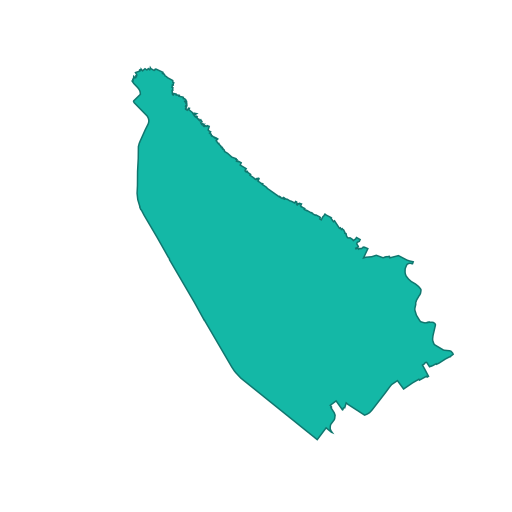 Sector 3, Bucharest, Romania (Natural Earth projection), rotated 42°
{"feature_id": "2599482B73874901058237", "entity_name": "Sector 3", "entity_type": "district", "adm_level": 2, "iso_a3": "ROU", "parent_name": "Romania", "parent_adm1": "Bucharest", "projection": "natural_earth1", "projection_center": [26.157, 44.418], "detail": "fine", "context": "isolated", "style": "filled", "palette": "teal", "viewbox_px": 512, "rotation_deg": 42, "n_neighbors": 0, "source": "geoboundaries", "source_scale": "gbopen_adm2", "svg_char_len": 6014}
<svg xmlns="http://www.w3.org/2000/svg" viewBox="0 0 512 512"><g transform="rotate(42 256 256)"><path d="M468.3,197.1L467.2,196.6L464.7,196.3L463.4,196.8L458.9,200.1L458.1,200.5L448.4,202.4L447.1,202.3L443.9,200.6L442.7,199.4L440.9,196.9L435.7,187.5L435.2,186.9L434.1,186.5L432.3,186.7L431.2,187.4L429.2,189.3L428.9,189.1L428.6,189.4L427.8,190.5L428.1,190.7L426.3,192.7L424.6,193.6L422.4,194.6L421.0,194.5L414.9,192.7L410.2,189.9L409.0,188.5L407.2,185.2L405.9,183.8L404.8,181.2L403.8,176.4L403.7,175.1L403.2,173.6L401.8,171.4L400.9,170.5L398.4,170.0L396.6,169.9L393.2,170.1L388.3,171.1L384.7,171.1L380.8,170.4L379.0,169.4L377.6,168.3L375.4,165.7L374.6,163.7L373.9,161.5L373.9,160.9L374.5,159.4L375.0,158.7L375.9,157.9L377.3,157.3L377.5,157.0L376.7,155.1L373.3,157.0L371.0,158.0L361.6,160.4L356.7,167.8L355.4,167.0L354.7,167.8L354.9,168.0L353.2,169.4L352.7,170.2L352.9,170.2L351.6,172.3L344.9,175.0L342.5,179.1L338.4,183.5L337.2,185.5L334.2,175.7L330.9,176.8L331.0,177.1L329.7,177.6L329.8,178.4L329.2,180.3L328.1,180.8L327.7,182.3L326.5,181.9L325.5,183.8L324.9,183.5L325.5,182.3L325.8,180.7L325.7,180.4L322.7,179.6L322.1,178.0L323.0,176.0L322.4,174.1L318.3,175.0L318.7,177.1L318.4,177.4L318.0,179.4L316.8,179.1L313.9,179.5L312.4,180.9L311.9,181.1L310.1,180.7L307.9,179.1L306.7,179.6L306.4,179.1L303.7,178.0L302.9,178.2L301.8,178.0L301.7,179.2L299.8,178.6L299.5,179.6L290.8,177.3L290.6,178.7L285.6,177.5L285.7,177.3L280.9,178.6L279.2,178.7L279.6,181.1L279.4,181.9L279.7,183.1L280.3,185.5L278.5,185.8L278.1,184.4L277.3,184.3L273.0,185.4L272.9,185.6L272.9,186.0L272.6,186.1L270.2,186.6L269.4,186.4L268.3,186.6L268.3,186.9L267.8,187.1L263.2,188.1L263.3,188.4L260.7,189.1L260.5,188.1L256.8,189.1L256.8,188.8L255.5,188.9L255.0,186.9L253.1,187.7L253.3,188.5L252.5,188.7L252.6,190.2L252.2,190.3L252.3,190.5L251.9,190.6L251.6,189.4L251.1,189.2L250.1,189.4L249.9,188.7L248.9,189.0L249.3,190.7L245.8,191.6L244.1,192.4L241.3,192.9L240.9,193.1L240.8,193.4L239.0,193.9L239.2,194.7L238.6,194.9L238.3,193.9L237.3,194.0L237.2,194.2L237.5,195.1L236.7,195.4L236.8,195.8L234.8,196.2L234.7,195.8L233.5,196.0L233.5,196.5L219.2,198.2L217.9,197.9L212.8,198.6L212.6,197.8L212.2,198.0L212.3,198.4L207.2,199.0L207.0,197.6L206.7,197.6L206.4,196.4L206.1,196.4L206.2,197.1L205.4,197.2L205.5,198.0L204.7,198.1L204.9,199.2L204.3,199.4L203.7,199.5L203.7,199.3L197.5,200.0L197.4,199.0L193.7,199.4L192.8,199.3L192.8,198.9L192.4,199.0L192.5,200.1L191.3,200.2L190.5,199.6L190.3,197.7L183.4,199.0L182.6,196.6L179.7,197.3L179.8,197.6L178.6,197.9L178.7,198.4L178.0,198.6L177.6,197.2L176.4,197.7L176.2,197.2L176.0,197.3L176.0,197.7L175.8,197.1L171.9,198.7L166.2,198.7L162.6,199.4L161.8,198.6L161.4,198.5L159.8,198.4L159.8,198.8L159.3,198.7L159.5,198.3L158.2,197.9L157.7,197.9L157.6,198.3L156.6,198.3L156.2,197.8L153.3,197.7L153.1,197.2L152.4,197.6L149.2,197.0L149.3,194.6L147.6,194.9L147.8,195.5L146.8,195.6L146.4,195.3L145.8,195.4L145.9,195.9L143.0,196.0L143.0,196.5L142.2,196.5L141.4,195.6L140.7,195.8L140.2,195.7L140.2,195.4L139.9,195.4L139.7,195.4L139.6,195.8L139.2,195.8L139.2,194.1L136.8,194.5L136.1,194.4L134.5,191.0L132.6,191.7L132.9,192.5L132.2,192.8L132.1,192.7L131.1,193.2L131.2,193.6L130.9,193.6L130.9,194.1L130.6,194.1L130.6,194.5L130.2,194.5L130.2,193.8L129.7,193.9L129.7,194.4L129.2,194.3L129.3,193.0L129.0,193.3L127.7,193.2L127.6,194.5L125.7,193.9L125.8,192.2L124.9,192.1L123.8,191.7L123.5,193.2L122.9,193.1L122.5,192.9L122.6,192.7L122.1,192.6L122.1,193.1L119.9,192.8L119.6,192.5L119.0,192.4L119.0,192.8L118.6,192.7L118.8,191.8L118.2,191.9L117.9,193.2L116.7,192.8L116.6,193.1L116.1,193.0L116.3,192.1L116.1,191.7L116.6,190.0L115.3,190.8L114.9,190.9L114.9,192.5L113.9,192.5L113.8,191.9L108.1,192.2L107.7,190.8L107.0,191.2L107.4,193.7L105.6,194.0L105.5,193.3L104.9,193.4L104.6,191.7L103.5,192.0L103.4,191.9L103.4,191.5L103.2,191.2L103.6,191.0L103.3,190.6L103.8,190.3L103.5,190.0L102.5,189.0L101.5,189.4L101.2,189.0L101.9,188.5L101.1,187.7L100.5,188.4L99.7,189.0L99.4,188.8L100.3,187.4L99.3,186.9L97.7,186.9L96.7,187.7L95.9,186.7L95.2,186.9L91.9,188.8L91.5,187.9L91.0,188.1L90.8,188.6L89.5,189.1L89.2,188.6L89.5,189.4L89.0,189.8L88.3,189.1L86.1,190.3L86.8,191.6L86.1,191.9L85.3,191.4L82.9,189.1L83.2,188.3L82.7,188.2L81.6,186.5L80.8,186.9L79.3,184.7L80.1,184.3L79.4,183.6L79.0,182.3L77.9,182.6L77.4,181.9L76.7,181.3L70.8,182.7L69.5,182.6L67.6,183.0L67.0,182.5L66.2,182.4L65.5,182.6L65.3,182.2L65.0,182.2L65.1,182.7L64.3,182.9L63.8,181.8L56.6,184.0L56.6,184.6L56.1,184.7L56.2,186.1L56.1,186.3L52.5,187.1L51.5,186.8L52.1,187.7L52.4,188.7L50.6,188.8L50.6,190.3L50.2,190.9L48.2,191.1L47.8,194.3L45.7,194.0L46.2,194.6L46.1,195.0L45.2,195.1L45.0,195.6L45.2,196.0L45.9,196.4L43.7,200.3L46.4,201.2L46.1,202.6L47.1,202.8L46.9,203.2L47.1,203.7L46.7,203.6L46.6,204.7L45.9,204.9L45.5,204.4L45.0,204.4L46.4,206.2L46.1,207.1L47.4,208.0L46.9,208.9L49.8,209.6L55.3,210.0L57.9,210.5L59.9,211.4L61.9,213.2L61.3,222.6L61.6,223.1L62.9,223.6L81.5,224.8L83.5,225.5L85.4,226.7L86.6,228.1L87.5,230.0L89.2,236.2L93.1,248.3L93.9,250.5L95.4,253.4L103.4,262.5L111.4,272.4L120.8,283.0L125.7,289.0L130.4,293.2L136.8,297.1L136.9,297.4L139.3,298.6L140.0,298.5L145.6,300.6L170.3,308.4L192.1,315.7L192.7,315.7L193.6,316.0L194.1,316.6L241.6,331.8L260.3,338.3L260.3,338.1L312.2,354.7L316.8,355.9L319.4,356.3L326.5,356.9L424.4,351.5L423.1,336.8L429.9,336.5L430.8,336.2L428.6,335.7L426.8,334.8L425.4,333.2L424.4,331.6L424.2,330.8L423.7,325.2L423.2,324.1L421.3,321.4L419.1,320.2L413.1,318.5L413.2,317.7L411.1,317.3L412.5,310.1L423.2,312.5L423.4,312.0L422.9,311.2L422.7,310.4L422.9,309.9L423.5,309.5L421.3,304.8L423.2,304.8L443.2,301.6L444.4,299.1L445.2,296.5L445.3,293.0L443.6,270.4L442.9,263.4L442.8,260.8L444.5,254.0L454.7,256.1L457.3,245.3L459.5,238.6L460.5,238.9L463.2,231.3L464.2,231.5L464.7,230.0L456.9,227.1L452.7,225.7L453.3,223.5L453.1,222.1L453.6,221.1L454.1,220.9L459.1,222.2L459.7,220.7L459.9,220.8L460.6,219.4L462.0,215.5L462.6,215.7L463.7,213.1L465.7,205.7L467.4,201.3L467.9,200.7L467.7,200.3L468.3,197.1Z" fill="#14b8a6" stroke="#0f766e" stroke-width="1.5"/></g></svg>